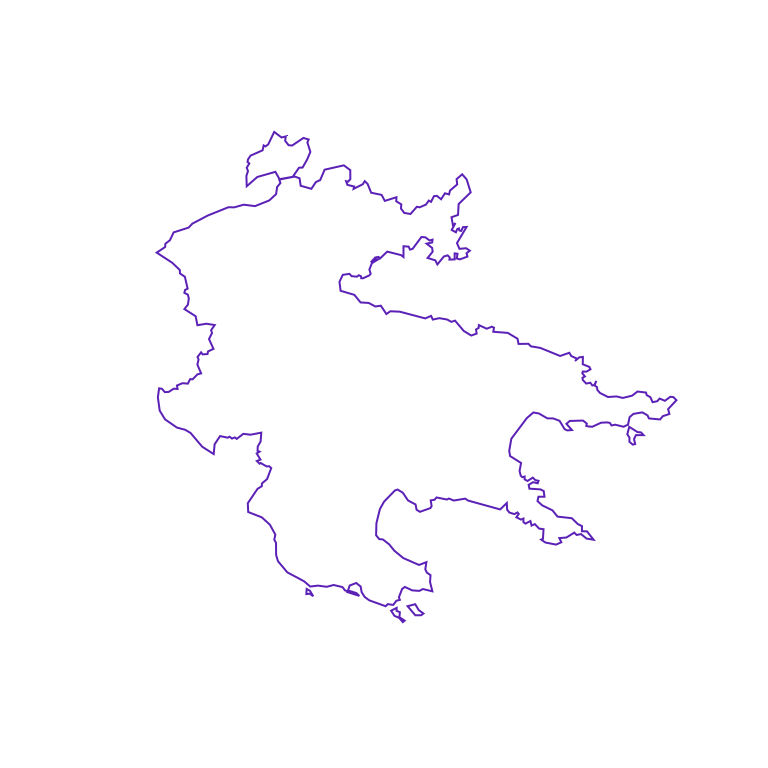 Peloponnisoy, Peloponnisos, Greece, rotated 306°
{"feature_id": "26713481B43531359458460", "entity_name": "Peloponnisoy", "entity_type": "district", "adm_level": 2, "iso_a3": "GRC", "parent_name": "Greece", "parent_adm1": "Peloponnisos", "projection": "equal_earth", "projection_center": [22.613, 37.264], "detail": "fine", "context": "isolated", "style": "outline", "palette": "violet", "viewbox_px": 768, "rotation_deg": 306, "n_neighbors": 0, "source": "geoboundaries", "source_scale": "gbopen_adm2", "svg_char_len": 6172}
<svg xmlns="http://www.w3.org/2000/svg" viewBox="0 0 768 768"><g transform="rotate(306 384 384)"><path d="M200.6,349.4L204.3,363.5L203.1,374.4L198.3,384.6L193.6,386.7L192.0,390.0L182.2,397.3L178.3,402.4L174.8,416.5L177.4,435.4L176.8,443.4L182.1,449.1L186.3,456.9L191.8,461.4L195.3,469.8L194.1,473.8L195.0,476.5L200.8,474.7L206.7,478.5L206.4,484.2L202.5,488.2L200.4,493.4L200.3,499.2L205.2,516.0L208.1,516.4L210.7,521.3L215.9,521.4L218.7,523.7L220.2,521.4L228.9,519.1L232.1,520.2L233.6,528.1L237.4,534.2L241.0,536.0L244.7,545.0L250.9,537.6L256.7,534.0L256.6,529.5L258.4,526.3L264.8,523.0L258.2,518.7L254.5,501.9L255.2,490.3L257.3,482.5L257.6,474.5L255.7,471.3L257.0,466.5L266.9,459.7L280.4,454.2L288.9,453.2L304.2,455.4L306.6,457.0L307.1,463.2L303.9,471.9L305.1,480.3L301.4,484.3L301.7,488.2L310.9,494.5L313.2,494.3L317.3,490.2L320.0,492.9L323.1,493.2L327.5,502.8L329.5,503.8L330.7,508.9L339.0,517.1L339.1,520.5L350.8,551.7L359.9,553.3L354.7,557.5L353.7,561.0L355.4,566.0L358.5,567.4L358.1,569.4L354.0,569.4L354.8,574.5L357.1,575.9L354.2,578.0L354.2,580.5L359.2,583.0L356.2,586.6L359.3,588.4L358.2,594.5L360.3,598.4L352.2,603.6L350.5,602.6L350.6,607.7L355.2,617.6L360.2,620.5L362.4,616.4L367.0,621.8L375.6,625.3L375.1,628.6L378.4,631.6L378.0,638.7L381.2,645.1L384.1,634.8L381.2,630.7L385.4,627.7L384.6,623.1L385.8,614.8L378.7,602.3L380.8,594.6L378.8,583.2L379.5,577.0L383.6,575.2L387.1,580.1L391.3,576.1L390.7,572.5L384.8,563.2L387.4,560.3L392.2,562.3L394.0,566.7L396.5,565.9L395.2,563.0L395.7,559.4L389.9,557.1L389.5,553.8L391.8,552.2L389.9,550.7L390.2,548.5L393.3,544.8L400.7,541.3L399.8,528.4L403.5,524.6L414.5,519.2L440.5,519.6L448.8,521.6L451.2,526.7L452.2,536.3L455.7,541.3L457.4,547.7L453.6,556.7L454.2,559.6L457.2,563.1L459.0,555.0L463.3,556.0L471.4,566.5L471.2,571.3L469.0,572.3L469.7,574.1L471.8,577.6L480.3,582.4L484.0,587.0L485.3,589.5L484.2,592.4L487.0,595.0L490.2,602.9L494.5,605.3L501.6,602.2L506.4,603.3L512.9,609.7L513.5,615.6L511.9,618.6L517.6,628.2L521.9,628.5L527.5,632.5L530.7,628.6L542.8,630.1L543.5,625.9L542.0,623.2L535.5,621.1L534.2,615.5L530.7,615.2L527.2,612.0L529.9,607.3L529.4,603.1L531.1,601.0L526.9,593.5L520.4,591.6L513.1,585.4L510.6,579.4L505.1,572.8L503.7,564.0L504.6,560.1L506.7,558.0L506.6,555.2L511.3,553.9L506.9,554.8L505.3,553.4L506.3,550.2L503.2,547.3L504.1,542.5L505.7,540.9L508.2,542.1L509.2,538.2L510.9,537.5L513.1,540.6L517.3,542.4L518.5,540.0L516.8,533.2L522.8,529.0L520.3,526.3L514.9,525.0L518.0,525.5L516.7,519.1L518.2,515.6L510.2,510.0L505.1,489.3L500.8,480.7L501.4,477.2L495.5,469.3L499.1,465.4L498.1,454.1L490.5,441.7L494.2,439.9L493.8,437.6L489.1,434.6L487.4,426.1L485.0,427.6L482.2,426.4L479.2,429.3L474.5,426.1L473.8,417.4L477.0,404.2L473.9,402.0L473.3,397.2L469.8,390.1L464.8,385.6L466.8,382.1L461.3,378.8L451.8,354.3L446.6,346.4L442.0,344.8L445.5,335.4L441.6,331.4L440.6,324.0L436.2,317.1L438.7,307.6L433.9,294.1L440.5,287.9L448.1,286.5L452.8,291.3L452.2,294.4L454.9,299.0L457.2,299.7L457.6,302.2L456.2,303.4L457.1,304.8L463.2,308.3L465.4,308.4L468.0,304.9L474.6,303.2L481.4,306.0L479.2,303.0L474.6,301.8L481.3,302.6L483.6,304.9L483.2,307.0L493.0,308.8L498.3,322.0L498.2,325.1L506.9,318.8L509.6,323.2L508.0,326.0L510.1,327.7L524.9,327.9L527.0,331.3L526.9,336.5L529.3,338.4L526.8,339.8L522.6,336.0L522.4,342.9L519.7,345.6L511.6,345.2L514.2,352.9L512.1,356.9L522.4,357.5L525.5,359.9L525.0,362.8L523.1,363.8L526.3,367.9L531.2,364.4L532.6,366.9L528.3,369.1L529.5,372.2L536.1,376.6L538.4,373.9L542.3,375.1L542.1,370.6L537.7,365.6L540.9,360.2L559.6,358.5L557.3,355.7L553.2,356.5L552.5,354.8L553.9,353.1L552.2,352.2L549.0,353.0L548.4,348.2L556.2,347.2L552.9,346.5L558.6,340.6L564.3,344.5L573.5,338.6L590.0,341.5L598.1,330.6L599.6,324.0L592.4,322.3L588.5,325.9L579.3,323.7L575.6,325.2L574.1,321.2L567.0,321.6L567.3,316.2L565.3,314.0L559.0,315.0L558.7,312.4L553.8,312.5L547.9,309.0L546.7,306.4L537.1,305.5L534.3,299.8L535.9,294.6L539.5,292.4L539.0,286.5L542.4,284.3L532.6,277.0L535.6,270.9L531.2,261.2L536.2,253.2L536.8,249.2L533.1,249.4L524.0,244.7L526.2,243.8L523.6,237.3L525.8,234.1L526.7,236.1L530.0,236.3L537.2,231.0L537.3,223.0L522.5,210.0L511.5,212.5L507.4,210.2L499.2,210.5L495.4,200.1L500.8,194.7L499.3,189.8L487.8,179.1L485.7,182.1L480.6,181.7L474.2,185.1L465.1,183.3L452.1,175.1L446.6,165.1L439.0,159.1L435.4,154.1L416.7,142.4L401.1,134.7L395.7,134.0L383.0,124.7L374.5,126.3L369.0,124.7L366.2,126.4L356.7,122.9L357.6,141.4L356.2,151.8L353.5,154.0L353.7,159.9L345.7,169.1L343.2,167.8L340.4,168.9L341.0,172.8L338.5,175.8L333.0,178.7L327.3,178.5L328.1,191.8L321.9,198.5L328.3,204.8L332.2,212.4L325.9,212.5L324.2,214.9L317.5,216.0L312.2,225.4L306.9,222.5L304.5,223.6L301.3,219.8L302.1,217.4L296.2,217.3L294.8,219.6L290.0,221.6L285.1,229.8L282.1,227.4L275.3,226.4L274.0,224.3L269.0,225.1L266.2,220.5L261.1,217.4L258.6,219.9L256.7,216.7L251.1,214.5L248.6,211.5L249.6,207.2L248.3,204.6L240.3,208.9L230.6,218.2L226.7,227.6L227.0,242.0L230.1,250.1L230.7,256.3L226.4,273.8L227.2,287.4L235.7,282.4L245.5,282.0L248.7,289.1L250.6,290.1L250.5,293.1L253.1,294.7L253.0,297.1L261.0,299.5L264.5,305.8L272.5,313.3L264.9,318.0L259.2,318.6L255.6,321.0L256.1,323.1L253.0,321.8L250.2,328.5L247.0,326.4L246.4,330.2L247.6,330.7L248.3,337.4L250.0,339.5L249.7,342.2L238.3,345.3L231.9,343.7L229.5,345.2L224.8,343.3L207.5,343.9L200.6,349.4ZM523.4,147.0L509.8,149.5L506.5,148.4L506.3,146.4L501.7,148.4L490.3,141.8L485.7,142.0L483.4,143.1L483.3,145.4L478.3,145.8L476.3,148.8L471.4,150.4L463.3,156.7L477.0,159.8L491.8,171.4L488.3,179.1L498.0,188.4L509.0,188.1L511.3,190.9L520.2,189.9L528.5,188.0L534.4,180.0L537.5,179.3L535.7,174.2L522.9,169.5L521.1,166.4L522.7,161.0L526.6,159.0L523.2,156.2L523.4,147.0ZM494.1,617.3L493.5,607.6L486.3,610.4L484.9,614.1L481.5,616.5L481.2,620.9L483.0,622.5L486.5,618.6L490.7,617.9L495.2,624.1L495.9,620.4L494.1,617.3ZM221.5,550.8L221.5,545.0L224.2,538.7L218.1,533.7L215.3,545.3L218.8,550.0L221.5,550.8ZM210.3,525.8L204.8,523.0L202.6,528.7L203.7,533.8L202.4,539.2L204.7,539.8L204.4,533.5L208.7,531.0L207.9,527.5L210.3,525.8ZM173.2,445.6L172.7,441.9L168.4,444.7L170.7,447.1L170.7,451.5L173.2,445.6ZM198.1,488.6L198.6,484.5L196.1,476.9L194.2,476.9L198.1,488.6Z" fill="none" stroke="#5b21b6" stroke-width="2"/></g></svg>